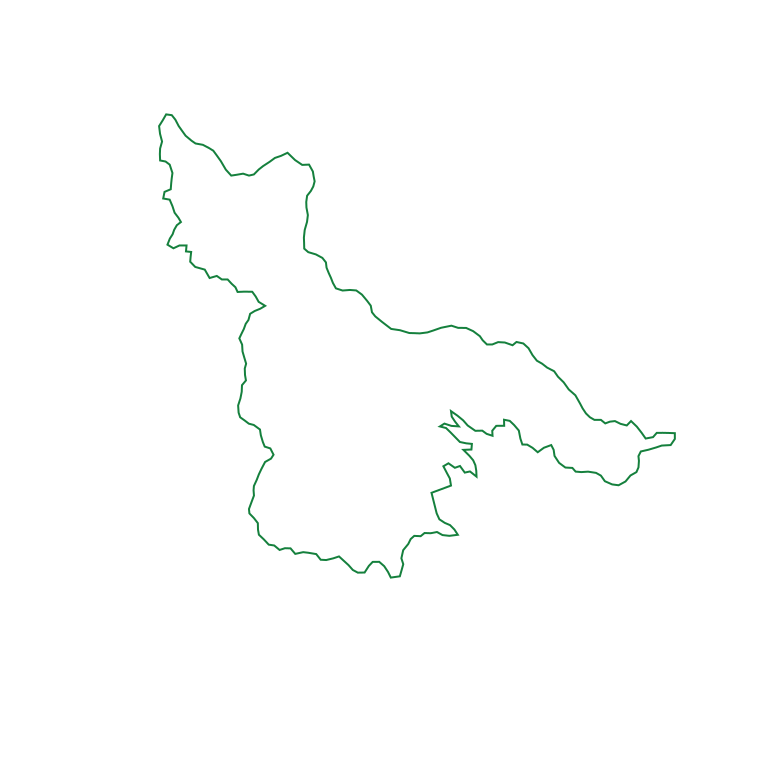 Vidal Ramos, Santa Catarina, Brazil, rotated 288°
{"feature_id": "56859067B28125183395847", "entity_name": "Vidal Ramos", "entity_type": "district", "adm_level": 2, "iso_a3": "BRA", "parent_name": "Brazil", "parent_adm1": "Santa Catarina", "projection": "mercator", "projection_center": [-49.34, -27.403], "detail": "fine", "context": "isolated", "style": "outline", "palette": "green", "viewbox_px": 768, "rotation_deg": 288, "n_neighbors": 0, "source": "geoboundaries", "source_scale": "gbopen_adm2", "svg_char_len": 4045}
<svg xmlns="http://www.w3.org/2000/svg" viewBox="0 0 768 768"><g transform="rotate(288 384 384)"><path d="M573.1,93.5L566.5,92.1L559.8,90.4L552.7,93.7L546.0,98.0L538.8,98.3L533.4,99.8L527.4,102.0L528.1,107.5L526.4,112.4L519.3,117.6L513.8,118.6L509.1,119.6L503.3,121.0L498.9,115.9L492.2,116.7L493.1,123.2L487.7,127.9L482.2,131.9L478.6,137.1L475.3,140.8L471.0,137.9L465.8,136.8L461.1,136.7L456.1,135.4L449.6,135.0L448.0,141.8L452.5,146.6L454.7,153.4L448.9,154.7L450.0,159.8L445.1,160.8L440.4,161.9L437.0,168.3L437.4,178.2L430.9,185.4L435.1,191.6L433.3,197.5L435.1,203.0L432.2,208.2L430.1,212.8L426.3,216.3L428.7,222.7L431.0,230.2L427.5,235.0L423.4,239.4L421.6,246.8L417.3,243.0L413.5,238.5L409.4,235.0L403.0,235.3L398.5,233.9L393.0,233.7L387.5,232.9L382.7,232.3L377.6,236.9L371.2,239.4L366.2,242.8L360.7,246.6L355.7,246.8L349.7,249.0L344.7,251.6L339.0,249.3L332.6,251.1L325.9,251.9L318.5,251.9L311.8,254.6L307.9,257.5L306.2,262.9L304.5,267.7L304.8,272.8L302.4,280.1L297.2,282.7L291.4,286.7L287.6,289.9L287.6,295.8L282.6,300.8L278.1,299.6L273.1,295.0L265.5,293.7L259.4,292.9L253.6,292.6L246.8,291.8L242.6,292.8L237.7,294.8L231.0,294.5L223.4,294.2L219.3,296.0L216.3,301.7L212.7,307.0L206.5,309.2L202.0,311.6L199.1,317.7L195.6,324.0L196.5,329.5L193.9,336.0L197.2,340.5L198.8,345.9L195.0,352.1L199.1,359.1L200.1,364.1L201.3,372.1L197.3,378.1L198.7,383.4L202.5,389.6L206.1,394.5L203.7,399.8L200.8,406.2L197.5,411.8L196.5,417.4L198.7,423.8L206.3,425.8L211.3,428.2L213.4,434.4L210.8,440.5L206.5,445.9L202.0,450.3L206.0,458.5L214.1,458.2L218.6,458.0L223.6,454.4L231.9,453.6L239.3,456.5L244.8,457.3L248.9,459.7L250.6,465.9L254.8,468.6L256.5,474.5L259.6,480.1L258.4,486.3L259.8,493.1L263.4,500.8L267.3,496.0L270.2,490.4L270.7,484.7L272.4,478.5L277.2,474.1L295.2,462.8L308.1,479.1L314.5,475.8L318.6,471.5L324.1,465.9L328.5,469.8L326.2,477.3L329.5,481.6L324.7,488.2L327.4,492.8L324.5,500.6L329.9,498.6L335.0,496.0L339.0,492.4L342.1,487.4L345.9,479.9L348.7,487.4L354.2,486.1L353.0,480.6L352.3,474.1L355.2,468.6L358.6,462.1L361.3,456.6L360.9,450.3L365.0,453.7L365.0,461.1L366.8,468.3L370.1,463.3L373.9,458.5L378.9,456.1L376.6,463.6L373.9,470.5L370.4,476.4L367.7,485.3L370.0,491.9L368.3,497.0L368.3,503.2L373.0,501.4L378.9,503.7L381.4,511.2L387.1,509.2L387.8,515.0L385.2,520.4L381.4,526.6L374.2,530.6L369.2,534.3L370.6,538.9L369.2,545.0L366.6,551.3L372.8,555.8L377.6,561.9L373.8,565.7L368.3,568.4L363.1,574.9L360.6,582.3L362.4,589.1L359.9,593.3L361.2,598.9L363.7,605.2L365.0,613.1L363.9,618.6L359.8,624.1L359.0,632.0L360.2,638.4L365.9,643.8L373.2,646.7L378.2,651.3L383.3,651.8L389.7,650.2L394.0,648.3L399.2,649.1L403.2,655.8L407.8,662.5L411.3,667.2L414.5,675.5L421.6,677.6L427.1,675.8L425.3,669.5L423.7,664.2L421.8,658.5L416.6,656.3L413.0,649.7L417.2,644.1L421.6,637.6L425.1,630.4L419.6,627.7L419.2,621.3L420.1,615.1L418.0,610.5L414.9,606.6L416.9,601.4L414.9,595.2L416.0,590.1L418.4,585.2L422.2,580.4L426.0,576.5L432.4,569.5L435.9,561.4L441.1,554.4L444.7,547.2L448.7,541.9L450.0,534.1L452.2,528.0L453.4,522.2L457.3,516.4L462.7,510.4L465.6,504.0L464.9,497.0L460.6,494.3L460.8,486.1L459.1,479.6L455.1,474.8L453.4,469.7L456.1,464.3L459.1,460.4L461.8,452.5L462.7,444.8L460.3,437.1L460.3,430.1L455.1,420.9L450.0,414.2L446.5,409.4L443.2,402.4L441.8,397.4L440.3,392.3L440.1,382.6L438.6,373.8L442.5,362.8L445.6,354.8L448.5,350.4L454.4,347.2L457.9,342.2L462.2,335.4L464.4,328.7L462.9,322.5L460.1,315.7L460.1,308.7L464.3,304.2L468.7,300.6L472.5,297.1L476.9,293.4L481.7,291.2L484.9,286.4L486.2,279.2L486.0,271.2L488.1,266.3L494.1,264.2L498.4,262.6L506.0,261.0L514.4,260.7L521.1,259.4L527.9,255.7L533.1,253.8L539.3,252.7L545.0,254.8L550.0,255.7L555.3,255.4L559.8,252.9L564.1,250.7L569.5,244.9L567.1,238.5L569.5,230.2L574.1,220.8L569.1,215.5L565.3,210.4L560.0,206.6L553.8,201.6L549.3,198.6L543.1,195.5L540.5,191.2L540.5,185.0L537.5,179.3L535.0,174.3L539.0,167.3L545.5,160.0L549.8,154.2L553.1,149.6L554.3,144.8L555.5,137.8L554.5,130.4L555.9,125.8L558.8,118.6L562.4,113.7L565.9,109.0L570.9,103.9L574.1,99.1L573.1,93.5Z" fill="none" stroke="#15803d" stroke-width="2"/></g></svg>